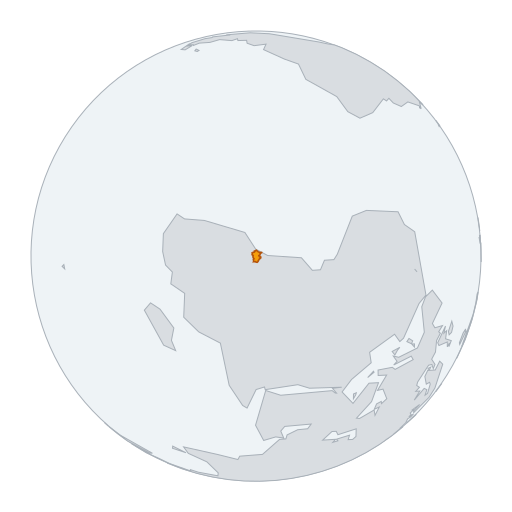 Cuanza Sul on an orthographic globe, rotated 125°
{"feature_id": "AGO-1879", "entity_name": "Cuanza Sul", "entity_type": "Province", "adm_level": 1, "iso_a3": "AGO", "parent_name": "Angola", "parent_adm1": "", "projection": "orthographic", "projection_center": [15.061, -10.94], "detail": "fine", "context": "on_globe", "style": "filled", "palette": "amber", "viewbox_px": 512, "rotation_deg": 125, "n_neighbors": 0, "source": "natural_earth", "source_scale": "10m", "svg_char_len": 7309}
<svg xmlns="http://www.w3.org/2000/svg" viewBox="0 0 512 512"><g transform="rotate(125 256 256)"><circle cx="256" cy="256" r="225" fill="#eef3f6" stroke="#a8b0b8"/><path d="M131.7,68.1L128.8,70.3L125.5,72.7L116.8,78.9L116.0,79.5L131.7,68.1ZM102.2,91.4L102.1,91.5L103.5,90.3L107.2,87.0L104.7,89.3L97.1,96.3L102.2,91.4ZM35.9,207.9L36.3,206.0L33.9,218.7L36.6,205.8L36.1,210.5L40.4,205.4L39.4,208.6L42.7,220.0L50.2,222.7L51.9,231.3L50.6,237.6L54.1,238.0L54.2,241.8L71.6,242.6L83.5,249.9L85.1,263.6L79.1,281.3L82.7,316.5L74.4,331.3L78.4,345.7L82.6,368.2L76.7,369.3L84.8,378.2L86.8,385.3L84.7,387.4L89.9,394.4L88.6,395.8L93.4,399.3L99.6,409.9L107.5,416.3L114.1,424.5L119.4,428.0L118.8,428.5L120.5,430.6L123.4,432.8L118.1,430.9L107.2,422.4L102.2,417.2L101.4,417.2L89.7,403.9L91.9,407.2L76.5,388.8L66.2,372.4L44.7,327.4L41.4,319.5L38.1,312.7L36.2,305.5L33.2,289.4L31.4,273.1L30.7,256.7L31.3,240.4L33.0,224.1L35.9,207.9ZM129.7,435.7L119.9,432.1L124.1,433.4L120.1,428.9L127.8,432.3L129.7,435.7ZM120.8,423.7L120.3,420.6L122.2,421.4L123.0,423.8L120.8,423.7ZM320.6,40.2L326.8,42.1L331.2,43.9L332.6,44.4L329.8,43.2L324.5,41.4L339.4,46.7L354.0,53.1L368.0,60.5L381.5,68.9L394.3,78.2L406.5,88.4L417.9,99.4L428.6,111.2L438.3,123.7L447.2,136.8L455.1,150.6L462.0,164.9L467.9,179.6L472.8,194.7L476.6,210.1L474.3,201.1L477.2,216.2L480.1,233.1L481.2,250.4L480.6,242.6L479.0,227.4L477.7,221.0L475.5,207.5L469.5,186.0L468.6,187.1L466.2,179.3L457.9,161.1L455.3,162.6L452.8,178.2L456.5,198.3L453.9,205.8L440.6,173.6L433.1,154.1L429.3,154.5L414.8,136.9L392.7,131.5L388.7,126.6L384.7,127.9L374.4,122.2L367.9,114.6L362.0,114.4L379.1,134.7L385.2,135.3L389.2,128.9L392.9,136.1L402.7,143.9L394.9,159.3L360.6,170.9L355.9,155.9L322.6,116.4L322.8,112.5L322.6,112.1L322.1,111.3L320.5,117.5L314.3,110.5L333.6,136.3L337.4,147.9L360.2,171.8L358.4,173.9L365.3,179.3L385.7,176.1L386.1,181.2L377.3,203.8L347.8,235.2L351.0,259.4L347.6,280.1L327.5,293.0L327.7,309.8L317.1,315.3L315.3,324.9L305.9,335.0L290.8,344.7L266.8,344.8L266.6,335.8L256.5,318.7L243.1,278.6L250.5,260.3L248.9,246.7L231.4,217.8L235.4,201.6L230.3,195.3L220.2,197.5L214.3,190.1L208.0,190.4L168.1,200.0L155.3,191.7L138.3,165.0L145.1,152.5L145.1,139.9L190.5,94.4L201.4,95.2L238.7,88.0L243.6,89.1L240.6,97.6L269.7,107.7L277.4,100.4L302.3,106.9L318.0,107.5L321.1,92.0L295.4,90.5L289.5,83.0L309.0,77.8L331.2,80.7L329.7,78.0L314.4,70.9L318.3,67.1L309.0,68.4L313.7,71.2L308.0,72.4L303.3,70.0L304.9,68.5L297.9,67.0L292.2,75.6L296.4,79.4L278.6,80.7L283.8,87.4L279.4,90.6L269.0,80.5L269.1,77.0L250.7,67.8L249.0,71.4L266.3,80.7L261.4,80.0L259.2,86.2L257.1,81.0L238.7,71.0L221.9,74.4L202.5,91.1L192.3,93.7L182.8,92.0L187.8,76.6L210.1,72.8L212.2,68.3L206.0,63.3L213.3,62.9L213.5,60.7L221.7,59.6L231.7,53.9L239.8,52.9L242.1,47.2L246.6,46.2L244.0,49.7L246.5,52.0L266.5,51.3L269.9,50.1L269.8,46.8L275.3,47.5L272.6,44.4L283.3,43.7L268.0,42.3L267.5,39.4L273.0,37.7L270.1,36.7L261.0,39.8L259.9,41.4L263.3,43.0L257.8,48.6L251.3,49.7L246.6,43.8L236.8,45.2L237.5,41.0L261.6,33.7L272.5,33.2L293.9,37.0L292.3,38.0L283.8,36.8L293.1,40.0L291.7,38.7L296.2,39.6L296.9,38.0L300.1,38.6L295.1,36.4L299.2,37.0L302.3,38.4L306.8,37.7L314.8,39.3L314.2,38.9L311.3,38.0L323.5,41.3L322.6,40.9L318.2,39.6L313.4,38.2L311.5,37.7L320.6,40.2ZM176.6,115.0L175.7,118.6L176.6,115.0ZM356.2,93.1L368.6,95.8L360.5,85.7L364.6,86.2L360.4,82.9L359.9,85.0L349.1,76.6L353.6,75.2L350.8,71.6L346.5,70.6L340.1,74.8L355.4,86.4L353.6,89.7L356.2,93.1ZM40.6,205.1L40.8,207.0L39.9,207.8L40.6,205.1ZM44.4,180.2L44.9,180.2L43.6,182.4L44.4,180.2ZM43.9,179.9L43.9,180.7L41.7,186.6L43.9,179.9ZM104.2,89.5L104.7,89.1L102.9,90.8L103.1,90.6L104.2,89.5ZM116.8,80.1L112.5,84.2L114.3,82.1L110.9,84.8L110.5,84.2L123.8,73.9L117.9,78.4L116.8,80.1ZM112.5,82.4L112.4,82.4L112.5,82.4ZM206.4,52.0L209.8,52.6L207.4,55.1L197.1,58.2L200.4,54.4L206.4,52.0ZM215.1,53.2L213.3,47.5L219.6,46.0L216.4,47.7L220.7,47.2L216.7,50.0L224.4,54.8L222.8,57.4L204.7,60.6L211.5,57.8L207.8,57.0L215.1,53.2ZM197.6,41.7L197.0,40.9L211.6,38.4L210.5,39.6L200.2,42.2L195.4,42.4L197.6,41.7ZM224.9,32.9L225.0,32.9L222.3,33.3L221.5,33.5L215.6,34.5L214.2,35.0L212.2,35.3L211.3,36.0L209.3,36.0L205.6,37.0L209.5,36.4L179.5,44.6L168.4,49.0L160.3,53.1L158.0,53.5L164.1,50.3L164.7,50.0L184.2,42.5L204.3,36.7L224.9,32.9ZM248.3,85.8L251.9,86.1L257.4,85.5L256.1,89.7L248.3,85.8ZM235.6,79.0L238.7,78.3L239.6,83.3L235.8,83.4L235.6,79.0ZM239.7,74.0L238.8,77.9L237.1,75.8L239.7,74.0ZM246.8,49.1L250.1,48.6L250.7,49.3L249.3,50.6L246.8,49.1ZM260.8,30.8L257.8,30.9L254.9,30.8L255.7,30.8L253.7,30.7L260.8,30.8ZM317.1,94.3L313.1,97.0L310.5,95.4L312.4,94.7L317.1,94.3ZM283.5,92.6L291.5,94.8L283.0,93.7L283.5,92.6ZM262.3,30.9L260.6,30.8L264.0,30.9L262.3,30.9ZM376.3,405.3L375.7,408.9L373.2,408.5L376.3,405.3ZM382.0,280.5L364.4,316.4L354.9,315.5L354.6,304.1L362.1,282.0L373.6,276.9L379.6,267.5L382.0,280.5ZM479.4,284.7L479.7,282.6L480.1,279.5L479.4,284.7ZM480.5,274.4L480.1,279.1L480.6,264.1L477.0,227.7L478.4,230.2L481.2,254.7L481.2,257.5L481.0,266.3L480.5,274.4ZM457.3,200.5L461.4,214.1L459.5,215.2L457.3,200.5ZM298.1,34.7L297.9,34.7L300.2,35.3L306.2,36.8L297.3,35.0L293.7,33.9L294.6,34.0L298.1,34.7Z" fill="#d9dde1" stroke="#a8b0b8" stroke-width="1"/><path d="M251.1,259.2L251.1,258.6L251.1,258.1L251.1,257.9L251.1,257.6L251.2,257.4L251.3,256.7L251.3,256.2L251.2,255.9L250.9,255.4L250.9,255.2L251.0,255.0L251.0,254.9L250.9,254.9L250.8,254.7L250.7,254.6L250.4,254.2L250.1,254.0L250.1,253.9L250.0,253.6L250.0,253.4L249.9,253.3L250.0,253.2L250.2,253.3L250.3,253.3L250.5,253.4L250.6,253.5L250.8,253.8L250.8,253.7L251.0,253.7L251.2,253.8L251.3,253.8L251.5,253.8L251.8,253.8L252.0,253.9L252.2,253.7L252.5,253.5L252.6,253.4L252.8,253.4L253.0,253.4L253.1,253.5L253.4,253.6L253.5,253.7L253.6,253.8L253.8,253.9L254.0,254.0L254.1,253.9L254.2,253.7L254.3,253.7L254.3,253.4L254.2,253.3L254.1,253.2L254.1,252.9L254.1,252.7L254.0,252.4L254.1,252.2L254.1,251.7L254.1,251.4L254.3,251.4L254.8,251.4L254.9,251.2L255.0,251.3L255.0,251.2L255.5,251.2L256.1,251.2L256.2,251.3L256.3,251.3L256.5,251.4L256.5,251.5L256.8,251.5L257.0,251.6L257.3,251.5L257.6,251.5L257.8,251.5L258.0,251.5L258.1,251.4L258.2,251.5L258.3,251.5L258.7,251.5L258.8,251.4L258.9,251.2L259.0,251.2L259.2,251.3L259.3,251.3L259.4,251.2L259.5,251.2L259.8,251.2L259.9,251.3L260.0,251.3L260.3,251.3L260.5,251.4L260.5,251.5L260.6,251.8L260.8,251.9L260.9,252.2L261.0,252.3L261.1,252.9L260.9,253.0L260.9,253.3L261.0,253.4L261.2,253.5L261.4,253.7L261.3,253.8L261.4,254.0L261.5,254.0L261.8,254.3L261.9,254.5L262.0,254.6L261.9,254.6L261.9,254.8L261.8,255.0L261.7,255.0L261.4,255.3L261.2,255.4L261.0,255.5L260.9,255.6L260.7,255.8L260.5,256.1L260.4,256.2L260.3,256.3L260.2,256.2L259.8,256.2L259.7,256.2L259.4,256.0L259.3,256.6L259.2,256.7L259.1,256.9L258.9,257.2L258.8,257.3L258.8,257.6L258.7,257.8L258.6,258.0L258.2,258.2L257.9,258.2L257.8,258.3L257.6,258.3L257.3,258.4L257.2,258.6L257.1,258.8L257.2,259.0L257.3,259.2L257.3,259.3L257.3,259.5L257.2,259.5L257.2,259.8L257.2,260.0L256.9,260.1L256.6,260.2L256.2,260.4L256.1,260.5L255.8,261.0L255.7,260.9L255.6,260.7L255.2,260.5L254.9,260.6L254.7,260.6L254.4,260.3L254.3,260.1L253.9,259.6L253.7,259.5L253.3,259.7L253.1,260.0L252.8,260.2L252.6,259.9L252.4,259.8L252.3,259.7L252.3,259.4L252.2,259.3L251.8,259.3L251.5,259.3L251.4,259.3L251.3,259.2L251.1,259.2L251.1,259.2Z" fill="#f59e0b" stroke="#b45309" stroke-width="1.5"/></g></svg>